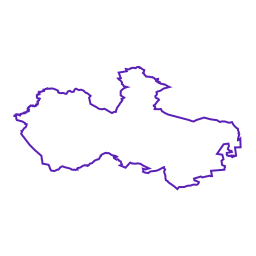 outline of Turlavas pag., Kuldigas, Latvia
{"feature_id": "27541924B11045526003149", "entity_name": "Turlavas pag.", "entity_type": "district", "adm_level": 2, "iso_a3": "LVA", "parent_name": "Latvia", "parent_adm1": "Kuldigas", "projection": "natural_earth1", "projection_center": [21.723, 56.833], "detail": "fine", "context": "isolated", "style": "outline", "palette": "violet", "viewbox_px": 256, "rotation_deg": 0, "n_neighbors": 0, "source": "geoboundaries", "source_scale": "gbopen_adm2", "svg_char_len": 5698}
<svg xmlns="http://www.w3.org/2000/svg" viewBox="0 0 256 256"><path d="M233.9,156.4L232.6,156.0L232.4,155.6L235.3,155.8L236.1,155.5L235.0,147.4L240.6,147.3L240.3,138.7L239.3,139.8L238.0,140.2L238.0,138.9L239.3,134.2L238.5,133.5L238.9,132.6L238.0,130.1L237.9,128.7L236.8,128.2L234.6,126.2L233.2,124.4L232.0,122.1L229.2,122.8L224.9,121.5L222.0,121.4L219.9,122.0L217.0,120.2L210.5,119.3L204.2,117.6L196.4,120.0L193.7,121.5L191.9,121.1L188.5,119.9L168.3,114.6L164.7,112.9L161.9,111.1L160.9,109.0L158.7,109.2L154.6,109.1L154.7,108.7L155.3,107.4L155.1,106.9L154.6,106.5L153.9,106.2L153.7,105.4L154.0,105.2L154.8,105.1L157.0,101.9L159.0,99.9L158.2,98.7L156.4,98.2L155.6,97.6L155.3,96.2L156.5,95.0L157.0,93.9L156.4,92.3L156.5,92.1L157.4,91.6L160.5,90.7L163.5,88.6L169.4,87.0L168.4,86.6L165.9,85.1L164.5,84.4L163.9,84.2L163.5,84.4L161.6,83.7L160.8,83.8L160.2,83.4L159.4,83.2L159.0,82.7L160.6,82.6L159.1,82.0L158.5,82.3L158.4,81.8L157.5,81.9L157.4,81.8L157.5,81.6L156.8,81.6L156.2,81.0L156.4,80.8L156.3,80.6L156.6,80.4L156.9,80.0L157.8,79.3L158.1,79.3L158.1,78.9L155.4,79.5L154.2,78.1L153.3,77.8L152.4,77.1L151.4,77.2L148.9,76.7L146.1,76.6L145.3,75.3L144.6,75.0L143.9,73.6L143.0,73.1L143.2,72.6L143.9,72.0L144.0,70.8L144.3,70.1L142.5,69.3L140.0,67.4L139.8,67.3L139.5,67.8L139.3,67.7L139.1,67.1L138.9,66.9L137.1,67.1L136.3,67.5L135.7,68.2L133.8,67.8L133.2,68.0L132.0,67.8L131.3,68.3L130.4,68.4L129.9,69.0L128.6,69.4L125.9,69.0L126.8,71.2L118.7,72.6L120.8,78.1L118.1,78.5L119.0,79.5L120.4,80.4L121.7,82.0L122.0,82.4L121.9,84.1L123.1,84.9L123.8,86.2L127.1,87.1L125.0,87.7L122.5,89.3L120.7,91.1L120.7,95.4L124.2,97.7L123.4,98.3L121.6,99.0L122.3,100.5L121.7,100.9L121.3,101.6L121.3,102.0L120.1,103.1L119.5,104.5L117.1,107.7L116.9,108.6L116.3,109.6L115.9,111.9L114.0,111.9L112.2,113.0L111.8,113.0L104.6,108.8L101.5,109.3L98.5,108.6L96.9,107.4L90.5,103.9L89.1,97.7L90.6,95.9L87.3,93.2L86.3,93.0L84.6,91.8L83.4,90.5L80.9,89.7L78.7,90.1L76.2,88.7L74.7,89.4L73.8,91.6L73.2,91.9L71.4,91.9L69.8,90.8L68.0,91.4L66.5,93.8L66.3,93.8L65.0,93.6L63.0,92.9L60.9,93.2L59.2,92.9L58.1,92.2L58.3,91.3L57.9,90.6L53.7,88.7L52.2,88.6L51.1,88.4L49.3,88.9L47.5,88.3L47.4,88.6L47.2,88.8L45.6,88.9L44.7,89.6L43.6,89.7L43.7,90.1L43.5,90.3L44.1,90.7L44.0,91.0L43.6,91.1L42.5,91.1L42.3,91.3L41.5,91.5L41.0,91.8L39.2,91.8L39.3,92.0L39.7,92.2L39.8,92.6L38.9,92.9L39.2,93.4L38.5,94.0L38.0,94.2L37.9,94.3L38.3,94.5L37.3,94.7L37.4,95.2L37.2,95.6L36.9,95.6L37.0,96.3L36.8,96.8L37.1,97.9L37.8,98.4L39.3,98.4L39.7,98.6L39.2,99.2L39.4,99.5L39.1,99.9L39.0,100.5L38.4,100.7L37.4,101.6L37.6,102.4L37.9,102.6L38.0,103.2L37.7,103.7L37.7,104.4L36.5,104.9L36.4,104.7L36.5,104.3L36.1,104.4L35.8,104.9L36.2,105.6L36.0,105.8L35.2,106.2L34.7,106.2L34.2,106.3L33.9,106.0L32.9,106.2L32.5,105.8L32.5,105.5L31.3,105.8L31.0,105.5L30.8,105.4L30.0,106.0L29.6,106.8L28.8,106.9L28.4,107.4L28.6,107.7L28.4,108.1L28.2,108.2L28.4,108.6L28.0,108.7L28.1,108.9L28.0,109.2L28.2,109.6L28.6,109.6L29.0,109.9L28.8,110.3L28.6,110.4L28.7,111.2L27.9,111.3L27.7,111.0L27.7,111.5L27.3,111.7L26.6,111.7L26.4,111.9L26.3,112.3L25.9,112.3L25.7,112.5L25.6,112.4L25.6,112.2L24.9,112.4L25.3,112.8L24.9,113.3L24.2,113.2L24.0,112.9L23.5,113.0L23.3,113.4L20.8,113.9L20.7,114.2L20.4,114.3L20.6,114.5L20.1,115.3L19.8,115.0L19.4,115.2L19.1,115.2L18.7,114.9L18.6,114.6L18.2,114.6L17.9,114.3L17.7,114.4L17.0,114.4L16.8,114.8L16.4,114.7L16.3,114.4L16.1,114.3L15.9,114.5L15.9,114.8L15.5,115.0L16.2,115.2L15.7,115.4L15.5,115.6L15.8,115.6L15.4,116.0L15.8,116.0L16.3,117.7L16.3,118.8L16.8,120.0L22.4,121.5L25.0,123.1L25.2,124.0L26.7,124.2L26.4,125.8L25.6,127.3L24.1,128.3L22.5,130.7L21.5,131.0L21.9,132.0L21.8,132.7L21.2,133.4L21.2,133.8L21.3,134.0L29.6,144.8L35.3,150.6L36.4,151.4L37.7,152.6L41.4,155.8L41.9,159.3L41.8,159.5L42.2,160.8L42.5,163.6L48.6,164.8L49.0,165.8L49.3,166.2L49.8,168.1L51.0,170.4L52.1,170.8L54.5,171.0L57.4,169.6L58.5,169.6L59.1,169.0L60.3,167.3L62.4,166.3L64.8,167.2L70.3,168.6L71.7,169.6L73.3,169.8L74.5,169.6L75.5,170.0L76.2,169.8L76.7,169.3L77.5,169.5L77.4,169.0L77.7,168.0L79.8,167.7L81.3,166.9L82.6,165.9L83.8,165.6L84.5,165.2L85.7,165.4L86.3,165.2L87.2,165.3L87.4,165.9L88.7,165.4L89.3,164.3L90.3,163.5L92.0,163.2L94.5,160.8L94.5,160.7L97.3,159.5L98.8,159.2L99.3,158.5L99.4,158.2L100.4,156.4L100.8,156.1L100.6,155.8L101.6,154.7L102.3,154.3L104.9,153.1L106.0,152.8L106.5,153.1L108.4,153.1L109.0,153.2L111.3,154.8L112.8,155.4L115.2,155.8L116.9,156.7L116.5,157.0L113.9,157.4L114.1,158.2L116.7,159.7L117.8,159.2L119.1,160.4L119.2,160.8L120.8,161.5L121.1,163.0L121.6,163.7L121.9,164.5L121.3,164.9L120.1,165.4L125.5,167.7L130.2,162.6L132.4,163.5L135.2,163.7L137.7,163.4L140.0,163.7L140.6,163.9L143.3,165.7L149.1,168.4L145.6,169.4L143.0,168.8L143.3,169.5L143.3,170.7L143.0,171.6L143.5,171.7L144.3,172.4L144.8,172.5L148.3,173.1L149.9,171.7L150.7,171.4L155.3,170.9L157.8,170.3L163.7,167.2L164.0,167.2L163.8,167.8L164.5,169.0L165.1,169.4L164.1,171.6L164.4,173.0L165.2,175.0L165.2,175.3L165.4,175.6L165.4,178.0L165.9,180.2L167.7,181.2L168.3,182.2L174.0,186.2L177.4,189.1L178.8,187.3L179.5,187.0L181.3,187.1L184.6,186.9L186.7,186.0L188.7,185.6L190.8,185.6L192.2,184.9L193.7,184.6L196.2,184.8L197.2,184.6L198.0,184.0L198.7,182.9L198.9,182.1L195.9,180.7L194.5,180.5L194.0,178.6L200.9,176.5L202.2,177.4L209.8,175.7L210.5,176.2L212.0,176.1L211.0,170.8L224.4,169.7L224.5,168.2L225.0,167.1L224.8,165.9L224.0,165.8L222.1,165.0L221.5,160.7L223.5,159.2L222.3,154.7L217.0,153.9L223.6,144.3L228.4,143.6L228.9,146.0L227.8,149.0L229.0,150.2L230.9,151.0L231.5,150.9L231.9,152.0L226.8,152.9L226.9,153.5L226.7,154.4L227.0,155.3L227.6,155.4L228.8,156.1L229.9,155.7L230.6,155.8L230.7,156.0L231.0,156.0L232.2,157.2L232.8,157.0L233.2,156.6L233.9,156.4Z" fill="none" stroke="#5b21b6" stroke-width="2"/></svg>